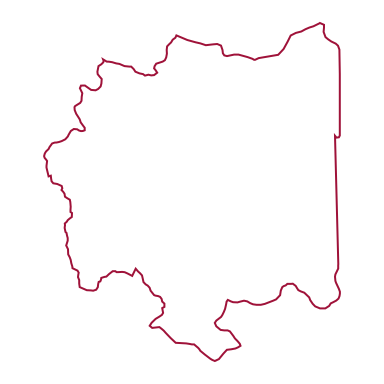 outline of Tongod, Sabah, Malaysia
{"feature_id": "92858781B32366551894999", "entity_name": "Tongod", "entity_type": "district", "adm_level": 2, "iso_a3": "MYS", "parent_name": "Malaysia", "parent_adm1": "Sabah", "projection": "mercator", "projection_center": [116.895, 5.08], "detail": "fine", "context": "isolated", "style": "outline", "palette": "rose", "viewbox_px": 384, "rotation_deg": 0, "n_neighbors": 0, "source": "geoboundaries", "source_scale": "gbopen_adm2", "svg_char_len": 3773}
<svg xmlns="http://www.w3.org/2000/svg" viewBox="0 0 384 384"><path d="M218.9,359.1L223.4,353.6L226.9,349.8L231.1,349.3L235.4,348.5L238.1,347.3L240.5,345.8L239.8,343.8L237.8,341.4L234.9,338.4L233.3,335.9L229.9,331.4L227.6,330.4L224.3,330.4L220.6,329.9L216.3,326.3L214.8,322.9L216.3,320.6L221.1,316.9L222.4,314.9L223.9,311.8L225.1,308.8L226.1,304.4L226.6,301.6L227.8,299.9L230.9,301.4L233.1,302.2L237.5,302.4L240.3,301.6L244.0,300.7L247.3,301.4L250.1,303.1L253.0,304.3L256.5,304.8L260.8,304.8L264.8,303.9L273.1,300.7L276.1,299.4L280.1,295.2L280.8,290.6L282.3,287.1L283.7,286.1L285.7,285.4L287.3,283.9L290.7,283.9L292.8,283.7L295.7,285.9L297.0,288.1L298.3,290.1L300.8,291.4L304.3,292.7L309.2,297.4L310.2,300.1L312.7,303.8L315.2,306.4L320.0,308.4L325.3,308.4L329.2,305.9L330.7,303.4L333.2,302.2L336.2,300.6L338.5,298.6L339.5,296.1L339.9,293.7L339.9,291.7L338.9,288.9L337.5,285.9L336.0,282.7L335.4,280.9L335.0,276.7L335.4,274.4L338.2,268.6L338.2,264.9L338.3,264.3L335.0,135.8L336.5,137.6L338.9,137.3L339.8,135.5L339.8,74.1L339.4,49.6L338.0,45.7L335.7,43.6L331.3,41.5L328.0,39.2L325.5,37.1L323.6,31.9L324.0,27.5L324.0,24.8L319.9,23.0L319.7,23.2L313.4,26.3L309.5,27.5L305.5,29.2L301.3,31.5L295.9,32.9L290.7,35.5L287.6,41.7L283.6,49.0L278.2,54.8L258.7,58.1L255.1,59.8L254.1,59.8L252.4,58.8L247.6,57.1L238.5,54.6L234.1,54.6L227.0,56.1L224.3,55.4L222.9,53.3L222.5,50.0L221.0,45.6L217.2,44.0L212.7,44.4L205.8,45.2L200.4,43.4L195.6,42.3L187.3,40.0L176.4,35.4L175.4,37.7L172.7,39.7L171.1,42.4L169.2,44.2L167.1,46.4L166.7,49.9L166.9,53.6L166.2,57.4L164.9,60.2L162.7,61.6L159.6,62.6L156.2,63.7L154.6,66.2L154.1,68.4L155.6,70.2L157.2,72.7L154.1,75.1L151.2,75.4L148.4,74.7L145.0,75.6L143.0,74.1L139.5,73.4L135.4,71.7L133.7,69.1L131.2,66.6L129.4,66.6L124.5,66.1L119.4,63.9L116.2,63.4L112.2,62.2L109.0,61.7L106.7,61.6L103.1,59.4L103.6,60.8L103.3,62.3L101.3,64.3L98.5,66.1L97.4,71.7L97.7,74.2L99.7,76.7L101.7,79.0L101.4,83.5L100.6,86.5L98.1,89.0L95.6,90.3L91.1,89.9L84.9,85.5L81.0,85.6L79.9,88.2L82.3,93.2L81.7,96.9L81.5,100.8L80.2,102.9L75.2,106.0L74.5,107.1L74.7,110.1L76.2,113.8L78.0,116.6L79.7,119.3L80.7,122.4L83.2,125.8L84.7,127.8L84.7,130.3L82.8,131.0L81.0,131.1L79.0,130.5L77.2,129.3L73.8,129.0L70.8,131.0L68.7,134.6L67.8,136.5L65.3,139.3L61.7,141.1L59.0,142.0L56.6,142.5L54.6,142.6L52.1,143.5L49.5,147.1L48.6,149.0L46.0,151.5L44.8,153.5L44.1,156.1L44.6,157.8L46.1,159.6L47.1,161.0L46.5,165.8L46.5,167.6L48.6,176.4L50.8,175.7L51.1,178.5L51.6,181.3L53.3,183.3L57.3,184.0L61.7,186.0L62.3,188.3L61.5,190.0L63.2,191.8L64.5,193.7L65.0,196.7L67.2,198.2L69.8,199.7L70.3,202.0L70.7,206.8L70.5,209.8L70.5,212.0L72.0,213.0L71.8,217.0L69.7,218.5L67.7,220.2L66.8,221.7L64.8,223.5L65.0,225.2L64.7,227.4L64.7,228.2L65.5,232.0L66.5,232.9L67.0,235.5L67.7,238.0L67.7,240.7L67.0,242.9L66.2,245.5L68.0,249.2L68.2,254.4L69.7,257.2L70.7,259.9L71.3,263.2L72.3,266.4L72.5,268.2L77.5,270.6L78.7,272.7L78.3,274.6L78.0,277.1L79.2,280.1L79.2,283.6L79.7,287.1L86.8,290.2L90.8,290.4L93.2,290.7L96.2,289.7L97.8,287.2L98.2,283.9L98.7,281.9L100.3,281.4L101.0,279.7L101.3,277.9L104.5,276.9L106.4,276.6L109.0,274.1L112.7,271.2L115.4,271.2L116.5,272.1L118.7,272.1L122.2,271.9L124.7,272.2L127.4,273.4L132.2,275.9L135.7,268.7L138.0,271.4L140.0,273.2L142.0,275.4L142.7,278.4L143.5,282.1L145.7,284.4L147.7,285.6L149.6,287.7L150.6,290.7L154.1,295.1L155.4,295.6L158.2,296.1L160.1,296.9L161.6,298.9L162.2,301.6L164.4,303.6L164.4,306.9L162.2,308.1L162.9,311.8L163.1,312.9L161.9,314.9L159.4,316.6L155.6,318.9L151.6,322.8L149.7,325.8L152.2,327.9L159.4,327.1L161.7,328.9L163.7,330.6L165.9,333.1L170.7,338.1L175.7,342.8L186.2,343.4L189.4,343.9L191.9,344.4L194.1,344.4L196.3,346.3L198.1,347.8L199.4,349.3L200.3,350.8L204.9,354.6L210.4,358.8L212.4,360.0L214.8,361.0L218.9,359.1Z" fill="none" stroke="#9f1239" stroke-width="2"/></svg>